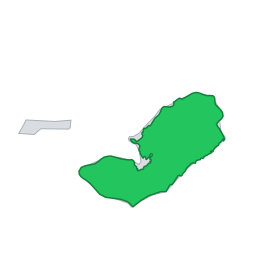 where West Bank sits in Palestine, rotated 48°
{"feature_id": "WEB+00?", "entity_name": "West Bank", "entity_type": "state/province", "adm_level": 1, "iso_a3": "PSE", "parent_name": "Palestine", "parent_adm1": "", "projection": "mercator", "projection_center": [35.24, 31.944], "detail": "fine", "context": "in_parent", "style": "filled", "palette": "green", "viewbox_px": 256, "rotation_deg": 48, "n_neighbors": 0, "source": "natural_earth", "source_scale": "10m", "svg_char_len": 3199}
<svg xmlns="http://www.w3.org/2000/svg" viewBox="0 0 256 256"><g transform="rotate(48 128 128)"><path d="M199.9,62.0L202.1,82.2L198.1,99.4L197.7,114.4L200.7,142.3L194.3,154.1L190.6,168.0L189.0,178.5L184.5,178.1L170.2,185.7L151.3,192.9L130.4,194.7L127.5,192.6L126.6,189.0L132.7,171.3L135.1,163.0L144.1,154.0L156.9,146.2L162.4,144.2L161.7,140.9L154.1,135.8L146.1,133.1L138.5,135.8L136.2,134.9L135.4,132.7L138.0,129.5L139.3,123.5L138.1,113.5L137.3,101.4L135.6,92.0L140.3,76.6L141.5,69.4L147.4,53.7L161.2,44.3L173.2,47.0L179.5,47.7L182.1,49.6L183.8,55.0L192.7,61.2L199.9,62.0ZM84.0,165.2L89.0,170.7L89.2,172.7L70.2,193.3L70.0,202.1L58.9,212.8L55.4,202.2L53.8,198.4L74.2,178.0L84.0,165.2Z" fill="#d9dde1" stroke="#a8b0b8" stroke-width="1"/><path d="M163.1,43.3L164.5,44.1L167.6,46.6L169.6,47.3L176.4,47.0L179.6,47.4L182.8,49.4L183.7,52.4L183.7,56.3L184.3,59.6L187.1,60.4L189.7,60.5L192.2,61.1L200.9,63.4L201.2,64.4L201.4,65.5L200.7,65.5L200.7,64.7L199.9,64.7L199.9,65.5L200.5,66.8L200.4,70.6L201.4,72.5L200.9,74.0L200.9,76.4L201.3,78.9L202.2,80.4L201.6,80.7L201.2,81.0L200.9,81.5L200.7,82.2L202.2,82.2L200.8,88.2L200.3,90.3L200.7,91.8L200.7,92.7L199.9,93.2L199.4,93.7L199.4,94.4L199.9,95.3L198.1,98.4L198.1,99.8L199.2,101.4L197.4,102.9L196.8,105.1L197.0,111.0L198.2,114.0L198.4,115.3L198.5,117.1L198.7,118.1L199.3,119.5L199.2,120.5L198.7,121.1L198.0,121.3L197.3,121.7L197.0,122.7L199.6,132.9L198.5,134.5L198.5,135.4L200.7,142.3L197.3,146.1L194.6,152.4L192.2,158.1L190.5,167.2L189.9,176.6L189.9,176.8L189.9,177.0L182.5,177.6L176.2,181.1L164.5,191.0L158.2,193.3L144.7,193.2L138.3,194.1L135.5,195.1L132.5,195.5L129.7,195.1L127.3,193.3L126.0,189.0L127.6,184.8L132.5,176.6L133.1,172.5L133.1,169.0L133.6,165.5L135.3,162.2L135.6,161.8L137.5,159.4L146.8,153.5L150.5,150.3L152.7,148.3L153.9,146.4L156.5,145.8L157.0,146.3L158.4,146.5L159.7,148.0L162.5,147.6L164.1,148.7L164.6,148.2L165.0,148.4L165.3,149.0L166.1,149.4L166.5,149.2L166.7,148.1L167.3,147.6L167.6,145.8L168.2,145.2L168.7,144.4L168.4,143.4L167.7,142.7L167.6,141.7L168.2,140.0L168.7,139.2L168.4,138.8L168.3,137.8L168.0,136.3L168.5,135.5L169.0,134.6L168.5,134.2L167.7,134.2L167.5,133.9L168.1,133.0L167.8,132.6L167.4,132.3L166.8,132.2L165.6,132.5L164.9,131.5L164.7,130.6L164.8,129.4L164.3,127.8L163.3,127.5L162.5,128.1L162.5,128.9L163.0,129.8L163.4,131.1L163.7,132.9L163.7,134.9L163.7,135.3L163.4,135.5L161.6,134.5L160.9,134.5L160.2,134.7L160.0,135.4L160.4,136.1L160.5,136.8L159.1,136.9L155.2,136.1L153.5,134.7L152.5,134.9L150.9,133.9L149.9,131.8L148.6,131.0L147.3,131.0L146.4,131.1L145.3,131.8L143.3,133.7L141.8,134.2L140.5,134.3L138.2,133.9L137.9,133.7L138.1,133.2L139.3,132.1L140.2,131.1L141.1,130.8L143.6,130.7L144.1,130.1L144.6,124.1L143.6,122.1L142.1,121.8L141.0,120.9L140.8,120.2L141.2,119.5L140.5,118.9L138.9,116.6L140.1,115.2L140.2,113.2L140.0,111.1L141.2,109.8L138.7,101.1L139.0,96.7L137.9,93.4L136.3,90.4L135.9,88.7L136.2,86.8L140.4,82.9L141.2,81.3L141.6,79.7L141.4,78.4L140.6,77.4L139.3,77.0L139.6,75.3L140.0,71.3L140.4,69.7L140.9,69.4L142.3,68.8L142.7,68.5L143.5,65.9L143.9,63.7L145.2,57.1L147.3,53.4L150.2,51.3L153.4,49.8L156.7,47.7L159.5,44.5L161.0,43.3L162.9,43.2L163.1,43.3Z" fill="#22c55e" stroke="#15803d" stroke-width="1.5"/></g></svg>